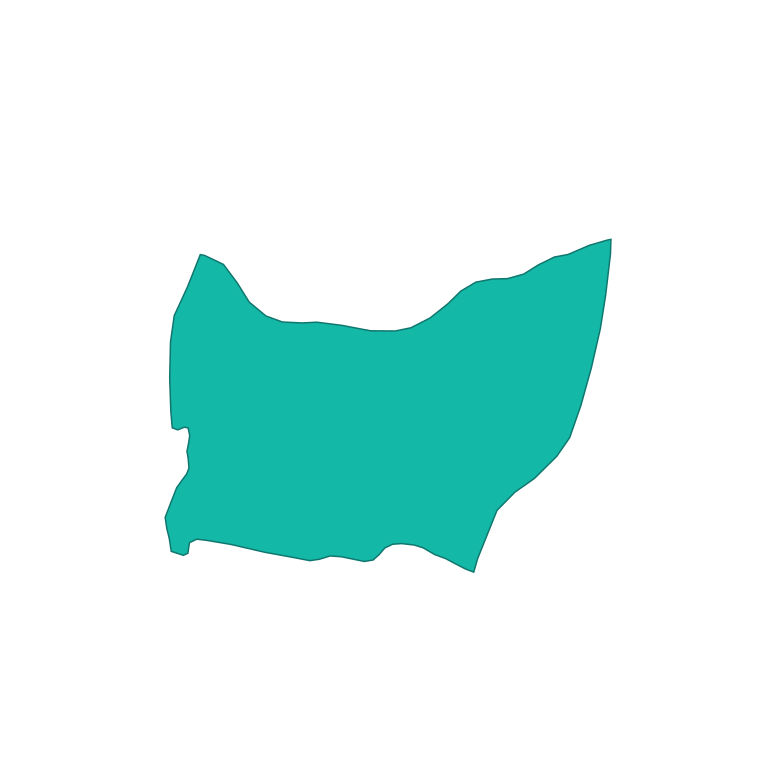 Haute-Banio, Nyanga, Gabon (Robinson projection), rotated 238°
{"feature_id": "22940354B88632619890778", "entity_name": "Haute-Banio", "entity_type": "district", "adm_level": 2, "iso_a3": "GAB", "parent_name": "Gabon", "parent_adm1": "Nyanga", "projection": "robinson", "projection_center": [11.179, -3.673], "detail": "fine", "context": "isolated", "style": "filled", "palette": "teal", "viewbox_px": 768, "rotation_deg": 238, "n_neighbors": 0, "source": "geoboundaries", "source_scale": "gbopen_adm2", "svg_char_len": 1191}
<svg xmlns="http://www.w3.org/2000/svg" viewBox="0 0 768 768"><g transform="rotate(238 384 384)"><path d="M591.1,296.8L570.7,269.1L553.1,242.3L532.9,225.3L502.6,205.4L473.2,188.4L459.0,181.2L454.4,184.8L453.2,191.7L450.6,194.6L443.4,192.0L437.9,187.4L431.3,181.2L424.9,178.6L416.0,174.0L412.2,168.8L409.4,161.6L405.9,153.2L395.2,138.8L386.8,127.7L376.2,123.1L367.2,120.2L354.8,114.9L345.0,123.1L344.4,128.0L352.5,134.9L351.6,143.0L345.6,150.5L329.4,168.8L304.6,193.6L284.9,215.2L273.4,227.6L269.6,236.4L266.7,247.2L260.1,256.3L243.9,273.3L240.5,281.5L241.9,289.6L244.5,297.8L243.6,306.3L239.3,314.4L231.5,324.2L224.3,330.4L212.5,336.6L203.2,343.8L194.0,349.1L184.2,354.9L176.9,360.4L186.4,371.0L216.9,412.8L222.9,437.6L224.2,461.5L231.1,492.1L240.1,513.0L261.2,539.3L287.9,568.5L316.5,597.0L341.6,618.8L374.3,645.0L386.4,653.1L387.7,649.7L392.8,631.7L396.3,608.8L401.4,595.7L403.2,578.2L403.2,560.7L407.9,544.6L415.6,531.5L421.7,516.0L422.1,498.4L418.2,480.9L415.6,458.1L417.4,436.7L423.0,421.6L436.3,400.7L456.1,379.3L472.0,359.8L479.3,346.7L490.5,330.6L504.3,319.9L524.9,313.1L547.7,313.1L570.5,311.2L588.1,300.0L591.1,296.8Z" fill="#14b8a6" stroke="#0f766e" stroke-width="1.5"/></g></svg>